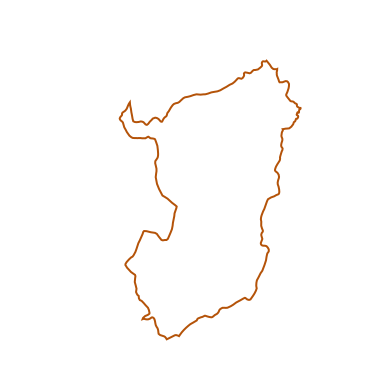 Xin Man, Hà Giang, Vietnam (Equal Earth projection), rotated 18°
{"feature_id": "81297802B50713424689894", "entity_name": "Xin Man", "entity_type": "district", "adm_level": 2, "iso_a3": "VNM", "parent_name": "Vietnam", "parent_adm1": "Hà Giang", "projection": "equal_earth", "projection_center": [104.512, 22.634], "detail": "fine", "context": "isolated", "style": "outline", "palette": "amber", "viewbox_px": 384, "rotation_deg": 18, "n_neighbors": 0, "source": "geoboundaries", "source_scale": "gbopen_adm2", "svg_char_len": 6014}
<svg xmlns="http://www.w3.org/2000/svg" viewBox="0 0 384 384"><g transform="rotate(18 192 192)"><path d="M169.7,304.4L170.8,305.7L171.9,306.7L173.4,307.3L174.4,309.6L175.8,310.9L177.7,311.1L180.5,312.6L182.8,314.0L185.9,315.7L187.5,317.6L189.0,320.2L189.1,320.9L188.7,321.5L187.9,322.6L185.8,324.4L184.4,326.8L184.3,328.2L185.1,327.6L186.1,327.4L187.5,327.3L188.8,327.0L189.9,326.5L191.0,325.6L192.3,323.9L192.8,323.5L193.8,323.5L194.6,323.8L195.6,324.6L196.8,326.4L197.5,327.8L198.6,329.7L199.8,331.0L201.4,332.3L202.5,333.9L203.7,336.5L204.1,337.2L205.1,337.6L206.0,337.9L206.9,337.9L210.1,337.9L211.0,338.1L212.2,338.8L213.5,339.9L217.1,336.4L219.9,333.6L221.0,333.0L223.0,332.9L224.2,333.1L224.7,331.4L225.6,328.7L226.9,325.7L228.3,323.0L229.9,320.3L231.2,318.3L232.1,317.3L233.4,315.9L236.2,312.7L236.4,311.1L236.9,310.3L239.2,308.4L240.6,307.5L241.7,306.4L242.4,305.7L242.8,305.6L243.7,305.6L245.3,305.6L247.2,305.5L249.1,305.2L249.8,304.8L250.2,304.4L250.8,303.5L251.7,302.0L253.3,300.3L253.9,299.3L254.4,297.7L254.5,295.9L255.0,294.7L255.9,293.6L256.8,292.7L258.0,292.3L260.1,291.7L261.5,291.1L264.1,288.7L266.0,286.5L268.2,283.4L271.2,280.3L273.9,277.3L275.0,276.3L275.5,276.3L277.7,277.1L278.2,277.1L279.0,277.1L279.8,276.9L280.8,276.1L282.1,271.9L282.8,269.2L283.3,266.0L283.3,264.4L283.3,263.6L282.4,262.0L282.0,261.1L281.3,258.4L281.0,255.9L281.3,254.4L281.7,252.2L282.3,248.1L283.2,245.2L283.3,243.2L283.5,239.3L283.5,235.2L283.5,234.1L282.9,230.5L282.7,228.5L282.6,227.1L283.2,225.4L283.3,224.5L282.7,222.8L281.2,221.4L279.6,220.5L278.5,220.5L277.0,220.8L276.3,221.1L275.0,221.1L274.4,220.9L273.9,220.5L273.5,220.0L273.2,219.2L273.3,217.2L273.4,215.5L273.4,214.9L272.1,213.0L271.3,211.8L271.0,210.9L271.0,209.5L271.5,208.1L271.5,207.3L271.2,206.6L269.9,205.1L268.3,202.8L267.5,200.3L267.1,198.9L265.9,196.6L265.5,194.5L265.4,192.7L265.6,188.5L266.0,185.9L266.2,177.6L266.5,175.4L268.9,172.7L271.5,170.7L273.2,168.8L274.6,167.7L275.1,167.0L275.2,166.2L275.0,164.9L274.1,162.7L272.7,160.2L271.2,158.2L270.6,156.7L270.3,154.6L270.3,151.8L270.1,150.7L269.7,150.0L269.1,148.8L267.3,147.3L265.9,146.8L265.1,146.5L264.8,146.3L264.2,145.7L264.0,144.7L264.0,142.8L264.1,141.7L264.6,139.2L265.6,135.4L265.7,134.6L265.5,133.1L265.0,131.9L264.9,130.8L264.8,127.3L264.8,125.5L265.0,124.4L264.9,123.6L264.8,122.8L264.2,122.1L263.5,121.7L262.9,121.1L262.5,120.4L262.2,119.3L262.0,117.7L262.0,115.4L261.8,114.3L261.4,113.3L260.7,112.5L260.0,111.6L259.6,110.7L259.4,109.5L259.1,107.9L259.1,106.9L259.3,105.9L259.3,105.2L259.3,104.8L258.8,104.2L259.7,103.8L261.5,102.8L263.3,102.1L264.8,101.4L266.0,99.6L266.3,99.2L266.7,97.9L267.1,96.9L267.3,96.3L267.3,95.7L267.3,94.9L267.3,94.2L267.6,93.7L268.1,93.1L268.3,92.4L268.3,90.5L268.5,90.1L269.2,89.9L269.5,89.5L269.7,88.7L269.8,88.1L269.6,87.2L269.2,86.7L268.8,86.6L268.1,86.5L267.7,86.2L267.6,85.7L267.7,85.4L267.6,84.4L267.8,83.6L268.0,83.6L268.4,83.6L268.7,83.7L268.9,83.7L269.0,83.6L269.1,83.4L269.1,83.0L268.9,82.4L268.7,81.5L268.6,80.9L268.6,80.7L268.7,80.4L268.9,80.2L269.1,80.0L269.4,79.5L269.4,78.8L269.2,78.5L268.6,78.7L267.6,78.8L266.3,78.4L265.6,78.2L265.3,77.8L265.0,77.3L264.8,76.5L264.6,76.2L264.1,75.9L262.8,75.8L262.0,75.5L261.1,75.0L260.4,74.8L259.7,74.8L258.8,75.0L258.2,75.1L257.4,75.0L256.5,74.4L254.4,73.0L253.2,72.2L252.0,71.3L251.6,70.7L251.5,70.0L251.8,67.3L251.8,66.6L251.8,63.5L251.5,61.4L250.9,59.3L250.1,58.5L249.2,57.7L248.0,57.3L246.6,57.7L244.1,59.7L242.9,60.1L241.4,60.6L240.6,59.9L239.5,58.3L236.8,55.0L236.2,53.8L236.1,53.3L235.5,51.9L235.4,50.2L235.0,48.7L234.7,49.0L232.6,49.7L231.3,49.9L230.1,49.4L229.7,49.3L229.3,49.1L226.8,47.0L224.2,45.3L222.3,44.1L222.1,44.5L221.5,45.2L220.4,45.5L219.2,45.7L218.7,46.3L218.5,47.1L218.6,48.0L219.5,49.6L219.5,50.8L218.5,52.6L216.8,55.1L214.5,56.4L213.1,56.9L212.3,57.9L211.5,59.7L211.1,60.5L210.1,61.3L207.6,61.5L205.6,61.8L205.0,62.5L204.8,63.3L205.5,64.9L205.5,66.1L204.9,68.0L204.0,69.0L203.0,69.1L201.4,69.2L200.4,69.9L199.7,71.5L198.5,74.0L197.0,76.3L194.7,78.4L192.3,81.3L189.9,83.8L187.5,86.5L185.1,88.4L182.2,89.9L179.6,91.3L176.9,93.4L174.6,94.9L172.7,95.6L170.0,96.8L166.1,97.7L163.5,99.3L160.9,101.3L158.7,102.7L156.1,104.1L154.8,105.4L153.1,108.4L152.1,110.3L150.9,111.6L149.0,112.7L147.6,113.9L146.8,115.3L145.9,118.0L145.4,120.2L145.0,122.2L144.2,124.4L144.2,125.5L144.3,126.6L144.3,127.3L144.0,128.1L143.1,129.3L142.6,130.3L142.2,131.7L142.0,133.2L141.8,134.3L141.3,134.6L140.4,134.6L137.6,132.9L135.6,132.5L134.0,132.7L132.0,134.3L131.3,136.0L130.1,138.3L129.3,140.7L128.7,141.6L128.3,142.1L127.6,142.1L127.0,142.1L124.3,140.6L122.8,140.5L121.5,140.7L119.6,141.9L117.5,142.8L116.0,143.1L114.3,142.9L112.9,140.8L111.1,137.4L109.7,134.9L108.1,131.6L107.0,129.8L106.2,128.3L105.2,125.9L104.7,127.6L104.4,130.2L104.2,133.0L103.4,135.3L102.0,137.2L101.4,137.9L101.2,138.9L101.5,139.7L101.6,140.8L100.7,142.8L100.5,144.3L101.0,145.2L102.1,146.0L104.0,146.7L104.9,147.4L107.6,151.4L109.7,153.3L111.5,155.1L115.1,157.8L117.2,158.6L118.7,158.9L119.8,158.7L121.5,158.2L123.5,157.6L126.3,156.6L128.1,156.3L131.1,155.3L132.4,153.8L133.2,153.0L133.5,152.9L135.8,153.7L137.0,153.5L138.3,153.2L139.6,153.1L140.4,153.2L140.9,153.7L142.5,155.7L144.8,158.8L146.6,162.7L148.0,166.2L148.5,168.0L148.7,169.9L148.1,172.3L147.7,173.3L147.6,174.1L148.1,176.0L149.4,178.1L151.0,180.8L151.8,183.2L152.2,185.6L152.9,189.1L156.2,195.1L159.8,199.4L165.0,204.5L167.7,205.1L170.8,205.9L176.3,208.4L180.3,209.8L181.9,210.5L182.1,212.0L182.0,217.7L182.6,220.4L183.4,227.3L184.0,230.1L184.4,233.5L184.2,236.9L183.7,242.5L183.5,244.1L182.6,245.5L180.9,246.1L179.2,247.0L177.7,247.0L174.2,244.7L171.5,242.7L169.4,242.3L165.3,243.0L160.9,243.3L158.5,243.9L158.0,245.0L158.0,245.8L158.0,247.3L157.3,254.1L156.8,257.3L156.8,263.3L156.7,266.4L156.0,270.2L155.4,271.9L154.4,272.9L153.0,275.4L151.5,278.8L151.0,280.9L151.2,282.0L153.7,284.1L156.2,285.5L158.6,286.9L161.1,287.7L163.4,288.4L164.2,289.5L164.6,291.8L165.4,295.3L167.3,298.2L169.1,301.1L169.7,304.4Z" fill="none" stroke="#b45309" stroke-width="2"/></g></svg>